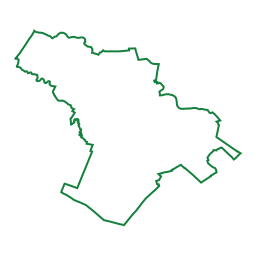 the district of Petresti, Dâmbovita, Romania
{"feature_id": "2599482B47779361305396", "entity_name": "Petresti", "entity_type": "district", "adm_level": 2, "iso_a3": "ROU", "parent_name": "Romania", "parent_adm1": "Dâmbovita", "projection": "equal_earth", "projection_center": [25.302, 44.657], "detail": "fine", "context": "isolated", "style": "outline", "palette": "green", "viewbox_px": 256, "rotation_deg": 0, "n_neighbors": 0, "source": "geoboundaries", "source_scale": "gbopen_adm2", "svg_char_len": 5424}
<svg xmlns="http://www.w3.org/2000/svg" viewBox="0 0 256 256"><path d="M216.6,172.3L216.0,169.6L214.9,168.0L212.7,167.1L210.5,165.4L208.2,163.4L207.8,162.5L207.3,160.8L207.8,160.5L208.5,160.1L207.6,158.2L207.5,157.7L207.6,157.3L208.6,156.0L209.1,155.1L210.2,153.8L213.6,150.8L213.6,150.1L214.5,150.1L216.5,150.4L216.6,150.0L217.3,149.3L218.3,149.0L221.0,147.6L221.4,147.5L222.0,147.8L228.5,154.1L231.2,156.5L232.3,157.6L233.8,159.5L235.6,158.2L238.2,155.4L240.6,153.3L237.4,151.3L237.3,151.5L216.4,137.0L218.9,125.2L218.5,125.1L218.1,123.2L216.6,121.6L220.2,120.5L216.1,115.7L214.3,113.9L212.5,112.4L210.7,113.1L209.6,112.8L207.6,110.0L204.4,109.5L201.9,108.9L201.0,109.1L199.2,109.2L196.6,108.2L194.2,107.9L190.4,108.5L184.1,108.7L182.0,108.9L180.0,108.5L178.5,107.5L177.5,106.2L177.0,105.0L176.8,103.2L176.6,100.7L176.3,99.2L175.7,97.6L174.7,96.4L172.4,95.1L168.8,94.3L166.7,94.2L163.9,94.7L162.0,95.3L159.9,95.4L159.9,93.8L159.4,92.3L159.5,91.6L160.4,90.9L161.7,90.1L163.1,89.1L163.7,87.4L163.4,86.3L162.2,85.2L160.9,83.5L160.5,83.2L159.8,82.9L159.4,82.9L157.9,83.4L157.0,83.5L156.9,83.0L157.2,82.1L155.1,82.1L155.1,81.6L154.5,81.6L154.3,81.0L154.2,81.0L154.1,80.7L154.4,80.4L156.0,80.5L156.4,77.5L156.8,75.0L157.3,71.2L158.0,67.9L158.8,64.1L153.7,63.9L152.9,63.7L151.4,63.1L150.5,62.4L149.0,60.8L146.8,58.9L146.0,58.9L140.8,59.6L139.5,59.7L138.5,59.9L136.5,53.0L136.0,51.5L135.3,48.6L135.2,48.4L128.9,48.6L129.1,50.4L120.2,51.3L114.9,51.4L109.8,51.3L108.6,51.4L107.1,51.3L104.6,51.3L104.3,51.3L103.9,50.9L103.2,50.3L102.6,50.7L101.8,51.9L101.5,52.1L100.1,52.4L99.8,52.6L98.8,54.4L98.5,54.7L98.3,54.8L96.7,54.0L94.5,53.5L94.1,53.4L93.6,53.1L92.7,52.7L92.0,52.7L92.3,51.7L92.4,49.8L92.3,49.1L91.8,48.4L91.4,47.3L91.1,47.1L87.2,46.4L86.9,46.0L85.7,45.1L84.9,44.6L84.2,43.6L84.3,43.0L84.4,42.7L85.3,42.0L85.2,41.7L85.0,41.2L85.2,40.9L85.1,39.5L85.0,39.1L83.6,37.8L82.2,37.4L80.4,37.5L78.8,37.9L77.3,37.7L76.8,37.7L75.2,37.3L74.1,36.8L73.6,36.8L72.8,37.0L72.0,37.0L69.8,37.6L69.0,37.7L68.4,37.5L67.5,36.6L66.3,34.6L66.1,34.4L65.3,33.9L63.6,32.9L61.1,32.7L60.6,32.8L60.1,33.0L58.6,34.0L57.3,35.3L56.9,36.0L56.5,36.3L55.8,36.5L54.8,36.7L52.3,38.3L50.6,36.7L50.1,36.3L49.4,36.0L48.1,35.6L46.9,34.9L44.3,33.7L42.9,33.1L40.9,32.7L39.6,32.7L36.4,32.1L35.0,31.5L34.3,30.8L34.2,31.2L34.1,31.6L33.6,32.2L33.3,32.7L33.2,33.2L30.0,38.0L29.6,38.2L26.1,43.8L20.0,52.8L19.8,53.2L15.4,58.6L15.6,58.8L16.4,58.8L16.6,58.6L16.8,58.2L17.1,58.1L17.9,59.0L18.0,59.3L18.4,59.6L18.7,60.0L18.5,61.0L18.1,63.4L18.0,64.1L16.8,66.2L17.0,66.8L18.7,67.0L19.6,67.2L21.0,68.3L21.5,69.1L21.9,69.7L22.2,69.9L23.8,70.7L25.1,71.7L25.4,71.7L26.4,71.3L27.0,71.4L27.7,72.4L28.0,73.2L30.5,72.4L30.9,72.4L31.3,72.7L31.9,74.0L32.2,74.2L35.0,74.3L35.8,74.8L36.0,74.8L36.9,74.7L37.2,74.9L37.4,75.4L37.4,76.1L37.3,76.6L37.6,77.5L37.6,77.8L37.5,78.3L36.4,80.0L36.5,80.4L36.9,80.9L37.7,81.2L39.2,80.9L40.1,80.4L41.2,78.9L41.5,78.6L42.0,78.5L43.2,79.1L44.0,80.1L44.1,80.3L44.2,81.6L44.4,82.2L44.7,82.7L45.2,83.0L46.0,83.0L47.2,82.0L48.4,81.2L48.9,81.2L49.6,81.4L49.8,81.5L49.9,81.9L49.9,82.4L49.5,83.7L49.7,84.5L51.4,85.9L52.8,86.2L54.6,86.3L55.4,86.5L53.0,91.1L52.9,91.7L53.0,92.2L53.3,93.1L53.6,93.5L54.3,95.3L54.9,95.7L55.2,96.8L56.0,97.6L57.8,100.2L59.2,100.8L62.0,100.6L62.5,100.6L64.4,101.3L66.7,102.9L68.3,104.4L70.7,105.2L70.8,105.5L70.8,106.3L71.4,107.0L71.5,107.9L72.6,108.6L74.0,109.1L72.3,111.1L74.8,112.6L71.5,117.8L70.5,118.6L70.8,121.3L71.0,124.5L71.5,124.5L71.8,124.3L72.1,124.0L72.1,123.8L72.2,123.7L73.6,123.0L74.2,122.3L74.4,122.0L74.4,121.8L74.2,121.6L74.2,121.4L74.0,121.2L74.0,120.9L74.3,119.9L75.0,119.2L75.4,119.2L75.5,119.4L75.8,119.5L76.0,119.8L76.1,119.7L76.6,119.8L77.1,119.2L77.5,119.0L78.1,119.3L78.4,119.8L78.5,120.1L78.3,120.6L78.5,121.3L78.4,121.5L78.1,121.6L78.6,122.1L78.5,122.9L78.1,123.1L78.3,123.4L78.9,123.5L79.1,123.8L79.3,124.3L79.2,124.7L78.6,125.4L78.5,125.5L79.1,126.6L79.3,126.9L79.4,127.3L79.7,127.8L79.8,128.1L80.0,128.4L80.2,129.1L80.4,129.2L80.8,129.2L81.0,129.6L81.1,130.3L81.0,130.6L79.9,131.6L79.7,131.8L79.7,132.0L79.7,132.4L80.0,132.5L80.7,132.4L81.0,132.7L81.5,133.9L81.5,134.1L81.0,134.3L80.7,134.3L80.5,134.1L79.9,134.3L79.4,134.6L79.3,134.8L79.4,135.0L80.2,135.5L80.7,135.6L81.6,135.3L81.9,135.6L82.0,135.8L81.2,136.9L81.1,137.0L81.2,137.3L81.5,137.6L82.7,138.0L83.3,138.5L83.7,138.9L84.2,139.6L84.6,139.7L84.9,139.9L85.1,140.2L85.2,140.8L85.5,141.2L86.3,141.8L86.9,141.9L86.6,143.6L86.6,143.8L87.8,143.9L92.7,144.9L90.4,150.9L92.1,151.6L77.2,188.2L75.1,187.3L71.1,185.9L70.7,185.9L70.3,185.6L64.7,183.7L64.3,184.2L63.4,186.8L63.2,187.1L62.2,189.5L61.9,190.3L61.2,192.1L63.0,193.3L64.9,194.3L65.8,194.6L66.3,194.7L66.7,195.1L68.5,196.2L71.5,198.1L72.6,199.0L73.4,199.6L76.1,200.9L79.3,202.1L84.8,204.5L86.7,205.6L89.3,207.8L92.4,210.2L102.1,218.6L104.0,220.2L109.4,221.4L118.0,223.7L118.4,223.8L121.5,224.6L122.2,224.6L122.9,224.7L123.6,225.0L123.9,225.2L131.3,216.1L133.1,213.9L135.2,211.8L136.3,210.5L142.0,203.1L145.7,198.5L152.7,192.1L155.3,189.9L159.2,186.0L158.7,184.3L157.5,184.6L157.1,184.2L156.2,180.9L159.0,180.2L161.1,176.3L159.3,174.9L158.4,174.0L163.8,172.5L167.7,171.8L171.2,171.0L171.9,170.8L172.1,170.6L171.8,170.3L171.7,170.0L174.2,168.7L177.1,166.9L180.2,165.2L181.0,164.9L184.4,168.1L184.8,167.9L190.2,172.6L193.4,175.4L201.1,182.6L203.5,181.0L208.0,178.1L209.3,177.2L210.7,176.4L210.5,176.0L210.5,175.9L214.7,173.4L216.4,172.4L216.6,172.3Z" fill="none" stroke="#15803d" stroke-width="2"/></svg>